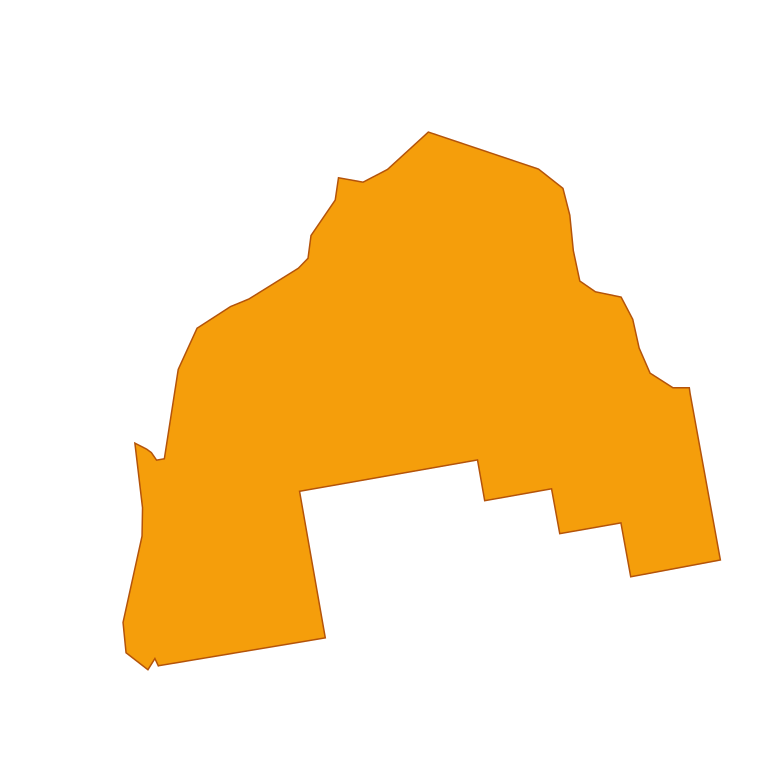 the Municipality of Madinat ach Shamal, rotated 350°
{"feature_id": "QAT-1106", "entity_name": "Madinat ach Shamal", "entity_type": "Municipality", "adm_level": 1, "iso_a3": "QAT", "parent_name": "Qatar", "parent_adm1": "", "projection": "orthographic", "projection_center": [51.179, 25.992], "detail": "fine", "context": "isolated", "style": "filled", "palette": "amber", "viewbox_px": 768, "rotation_deg": 350, "n_neighbors": 0, "source": "natural_earth", "source_scale": "10m", "svg_char_len": 745}
<svg xmlns="http://www.w3.org/2000/svg" viewBox="0 0 768 768"><g transform="rotate(350 384 384)"><path d="M112.8,622.4L110.7,614.6L101.9,624.4L83.3,603.9L85.6,573.5L119.3,491.8L124.7,464.0L128.4,399.0L139.0,407.0L143.0,411.2L146.8,419.5L154.7,419.5L183.9,333.9L209.6,296.6L246.3,281.1L265.8,276.8L319.8,255.1L331.0,247.0L337.9,225.1L367.9,194.4L375.0,173.0L398.4,181.6L424.7,173.3L471.4,143.6L573.5,199.2L594.2,222.4L596.3,250.0L593.6,285.6L594.7,316.6L608.2,329.9L632.6,339.6L640.2,363.5L641.5,392.9L647.9,419.5L667.9,437.9L684.0,440.7L683.8,446.4L684.7,615.7L593.5,616.7L593.2,561.9L531.1,561.9L530.8,516.3L462.9,516.4L462.9,475.0L282.2,475.0L282.1,623.8L113.1,622.3L112.8,622.4Z" fill="#f59e0b" stroke="#b45309" stroke-width="1.5"/></g></svg>